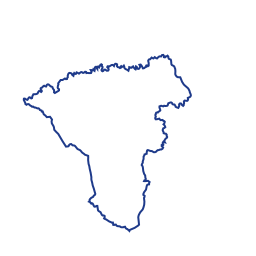 Perdizes, Minas Gerais, Brazil (Robinson projection), rotated 324°
{"feature_id": "56859067B83909655673095", "entity_name": "Perdizes", "entity_type": "district", "adm_level": 2, "iso_a3": "BRA", "parent_name": "Brazil", "parent_adm1": "Minas Gerais", "projection": "robinson", "projection_center": [-47.183, -19.429], "detail": "fine", "context": "isolated", "style": "outline", "palette": "blue", "viewbox_px": 256, "rotation_deg": 324, "n_neighbors": 0, "source": "geoboundaries", "source_scale": "gbopen_adm2", "svg_char_len": 5736}
<svg xmlns="http://www.w3.org/2000/svg" viewBox="0 0 256 256"><g transform="rotate(324 128 128)"><path d="M186.5,142.3L187.1,141.5L187.9,141.0L188.9,139.3L189.9,139.1L191.8,140.8L192.5,140.8L193.3,140.3L194.1,138.8L196.1,139.3L197.1,139.2L198.0,138.6L198.5,137.6L199.0,135.4L199.5,134.4L199.9,132.1L199.9,131.0L198.9,126.7L198.7,125.5L198.8,124.2L198.9,122.4L200.1,117.7L198.2,116.2L197.6,115.0L197.6,113.2L197.9,112.2L199.8,109.8L200.9,108.0L201.6,105.3L201.1,104.0L200.5,102.8L200.6,101.9L202.4,98.9L202.8,97.8L201.7,96.0L202.0,94.8L202.6,93.9L202.5,92.8L201.8,92.9L201.0,92.3L200.2,92.6L199.4,92.6L198.7,91.8L199.5,90.7L199.5,89.6L198.4,89.0L196.9,89.6L196.2,89.0L195.4,88.5L194.0,88.5L192.4,88.8L191.8,88.1L191.3,86.4L189.5,86.7L188.9,85.9L188.5,84.9L186.3,85.4L185.5,84.9L184.7,85.0L183.8,85.5L183.0,87.5L181.4,89.7L180.4,89.7L180.1,88.4L179.4,88.2L178.6,89.2L177.6,88.9L176.6,89.1L175.7,88.9L175.1,88.5L175.5,86.8L175.6,85.4L175.5,84.1L174.4,83.6L174.1,85.1L173.7,85.7L171.9,86.5L171.1,86.3L170.5,85.6L171.0,83.6L170.7,82.9L169.8,83.8L169.3,84.5L168.6,85.0L168.3,84.3L168.2,82.3L168.4,81.2L167.5,81.0L166.6,81.4L165.8,81.1L165.3,80.1L164.8,79.5L164.1,80.3L162.0,81.9L161.3,79.9L160.7,79.0L160.4,77.7L160.6,76.8L161.1,76.1L161.3,75.1L160.0,75.4L159.2,75.1L158.9,73.9L158.2,74.0L157.7,75.0L156.7,74.8L156.3,73.6L155.5,72.7L155.4,71.4L156.1,70.8L156.6,70.1L156.2,69.2L155.5,68.6L154.5,68.7L153.1,69.6L153.0,68.6L152.6,67.9L151.7,67.4L148.8,67.2L148.4,66.5L147.8,66.1L147.0,66.5L147.1,68.3L146.7,69.4L145.8,69.9L144.6,69.3L143.8,67.3L143.0,66.8L141.6,67.3L140.7,67.1L140.4,66.3L140.6,65.5L142.7,64.3L143.3,63.7L143.2,62.4L144.1,61.6L143.9,60.8L142.9,60.6L140.3,62.0L140.1,60.7L139.1,60.4L137.9,62.1L137.9,59.6L136.9,59.5L136.1,60.1L135.5,61.2L134.5,62.1L134.2,61.2L134.2,60.3L133.6,60.7L132.8,60.5L132.6,59.7L131.9,59.2L131.7,60.4L131.3,61.3L130.4,61.8L128.6,60.6L127.9,59.8L126.6,59.1L127.0,57.9L126.4,57.3L124.5,57.3L123.9,56.9L123.6,55.9L123.0,55.2L121.1,55.1L120.3,55.2L119.6,53.6L119.1,52.8L117.6,53.6L117.0,53.1L116.8,51.9L115.9,52.3L115.2,53.1L114.5,53.7L114.1,52.4L114.4,50.9L114.0,50.0L113.0,49.0L112.2,48.9L111.4,49.2L109.8,50.4L109.2,51.5L108.2,51.8L107.4,52.5L106.5,52.0L106.1,50.9L103.3,50.7L101.7,49.6L97.8,50.8L97.3,51.9L96.4,52.4L94.9,53.9L94.6,54.8L95.0,56.1L94.3,57.0L93.5,57.1L92.6,57.0L89.4,56.7L89.1,55.7L89.9,54.8L90.5,53.7L90.4,52.5L90.5,51.6L90.9,50.7L90.6,49.7L89.9,48.9L89.4,46.3L88.9,45.6L88.0,45.4L87.4,45.5L86.8,46.0L86.1,46.3L85.5,45.6L85.0,44.5L84.0,44.4L82.3,44.8L81.4,44.5L80.6,44.6L80.0,45.5L80.2,46.9L79.7,47.7L78.9,47.8L78.4,46.4L77.7,45.8L76.8,46.0L75.2,46.9L74.3,46.8L73.2,46.4L71.3,45.1L69.3,46.1L67.9,47.4L67.1,47.2L66.6,45.4L65.7,45.1L63.2,46.1L62.5,45.3L61.8,43.5L61.0,43.1L60.2,44.0L59.6,47.4L59.1,48.3L59.5,49.5L60.4,49.5L61.7,50.3L62.2,52.6L62.8,53.6L62.9,54.5L63.9,55.0L64.3,56.4L65.2,57.1L65.8,58.1L66.2,58.9L67.1,59.4L67.5,60.3L67.3,61.6L68.3,63.0L67.9,64.0L68.7,64.5L67.9,67.4L68.5,69.4L68.7,71.5L71.5,73.1L71.5,76.5L70.1,77.7L69.1,79.5L68.8,82.9L68.4,84.1L67.3,86.1L67.6,88.9L68.1,91.8L67.3,100.1L66.9,106.6L68.8,107.7L69.7,107.6L70.5,107.1L71.7,107.1L72.6,107.6L73.0,109.5L73.8,110.1L74.3,110.7L74.6,111.5L74.8,115.3L76.2,117.8L76.4,119.2L76.4,120.0L76.5,121.1L77.2,123.0L77.4,124.2L79.4,127.1L78.7,128.2L76.9,130.5L75.0,133.9L74.3,136.0L73.0,138.6L71.5,142.2L69.5,146.2L68.3,147.8L67.8,148.7L66.9,151.1L65.7,153.7L64.7,157.0L62.8,162.1L62.1,162.6L60.5,162.6L59.4,163.2L57.2,162.9L55.4,163.2L54.5,163.7L54.0,164.6L53.2,164.7L53.8,165.7L53.7,166.8L53.8,167.6L54.6,167.6L55.0,168.4L54.9,169.4L54.6,170.5L54.6,171.9L55.6,172.5L56.7,172.5L57.4,173.0L55.4,176.9L55.4,177.8L56.3,180.0L55.8,182.8L56.0,183.8L56.9,184.4L57.4,185.3L56.8,186.4L55.5,187.1L55.9,188.1L56.6,189.2L58.0,192.9L58.7,193.8L59.2,195.0L60.2,195.6L59.8,196.6L59.1,197.6L59.7,198.3L60.7,198.5L61.4,199.0L61.3,200.0L61.7,201.1L63.6,202.8L63.8,203.6L64.2,204.3L65.8,205.5L66.8,205.7L67.6,206.2L67.3,207.3L67.5,208.6L68.1,209.4L68.6,212.1L69.5,211.5L74.7,212.7L78.8,212.9L80.1,212.7L83.8,206.3L84.6,205.5L85.8,204.6L88.3,203.4L91.7,202.6L92.4,202.3L93.9,201.3L96.0,199.6L98.0,197.2L99.8,194.0L100.8,193.5L101.6,192.6L101.1,191.1L101.8,190.3L103.3,189.4L106.4,188.4L109.1,185.9L110.2,185.3L111.0,185.5L111.9,186.0L112.7,185.0L113.7,184.4L113.1,182.5L110.5,181.0L109.8,180.4L110.5,180.0L111.8,180.3L112.5,179.6L112.8,178.5L114.0,176.5L114.1,174.6L115.0,171.9L116.8,168.7L117.3,167.5L117.3,166.0L118.0,165.5L119.6,164.7L120.2,163.8L122.4,162.2L123.9,160.2L125.1,159.8L125.8,159.1L128.0,159.8L128.6,158.9L130.3,157.4L131.1,157.5L132.8,160.0L133.7,160.6L134.6,162.7L135.5,163.4L137.0,163.7L137.9,163.4L139.1,163.4L139.8,163.9L141.4,164.3L142.2,164.9L143.6,165.1L144.9,164.5L144.6,162.4L145.2,161.7L146.0,162.6L146.7,162.4L146.9,161.0L147.6,160.2L148.6,159.9L148.9,160.9L149.4,161.4L149.5,160.2L150.2,159.5L152.2,158.7L153.4,158.8L154.2,158.5L154.6,157.9L154.6,157.0L155.4,156.1L155.3,154.9L154.6,154.3L153.8,153.2L154.3,152.4L154.6,150.5L155.1,149.8L156.3,149.0L157.4,149.3L158.7,149.2L159.0,148.0L159.1,147.0L158.9,145.9L159.9,145.7L161.4,144.6L161.4,143.8L160.8,143.0L160.7,141.8L159.0,140.8L158.8,139.7L158.8,138.8L156.5,137.9L155.5,137.2L155.8,136.0L156.4,135.5L157.1,135.3L157.4,134.3L157.8,133.5L158.5,133.3L158.9,132.7L159.8,132.2L160.7,132.5L161.2,133.0L161.9,132.7L163.1,132.9L164.4,132.8L165.0,131.7L165.2,130.7L165.6,129.7L166.2,129.0L167.9,129.5L169.2,131.2L170.3,131.2L170.9,132.0L172.0,132.7L173.0,133.1L173.7,132.8L175.1,131.7L177.4,132.3L178.1,132.9L178.3,133.9L178.0,134.9L178.5,135.7L179.4,136.3L179.4,137.6L179.0,138.8L179.6,140.0L180.5,141.3L181.9,140.6L182.6,140.0L182.9,139.3L183.5,138.8L184.6,138.7L185.4,139.6L185.1,140.7L185.6,142.5L186.5,142.3Z" fill="none" stroke="#1e3a8a" stroke-width="2"/></g></svg>